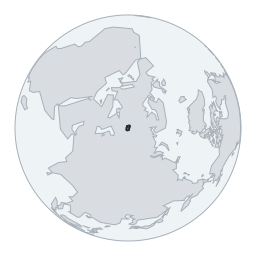 the Earth from above Penza, rotated 106°
{"feature_id": "RUS-2373", "entity_name": "Penza", "entity_type": "Region", "adm_level": 1, "iso_a3": "RUS", "parent_name": "Russia", "parent_adm1": "", "projection": "orthographic", "projection_center": [44.677, 53.167], "detail": "fine", "context": "on_globe", "style": "filled", "palette": "slate", "viewbox_px": 256, "rotation_deg": 106, "n_neighbors": 0, "source": "natural_earth", "source_scale": "10m", "svg_char_len": 11559}
<svg xmlns="http://www.w3.org/2000/svg" viewBox="0 0 256 256"><g transform="rotate(106 128 128)"><circle cx="128" cy="128" r="113" fill="#eef3f6" stroke="#a8b0b8"/><path d="M106.2,17.5L111.7,16.8L114.1,18.6L111.1,18.7L112.0,19.3L115.9,19.3L118.2,19.2L126.7,23.1L139.2,26.1L144.3,25.7L142.3,27.0L152.7,25.6L160.2,27.4L151.0,26.3L149.5,26.9L154.3,28.4L153.7,29.4L155.7,30.8L154.7,31.9L149.4,31.4L148.6,32.2L152.0,33.3L153.1,35.2L148.2,33.5L149.7,36.9L141.1,37.2L128.8,32.6L123.3,34.5L108.7,34.6L109.3,35.9L104.1,37.1L102.9,39.1L100.5,38.7L101.6,40.7L103.9,40.6L105.2,41.5L104.7,42.7L101.6,42.4L101.4,41.8L100.2,42.3L98.9,41.7L99.3,42.7L95.6,42.4L98.4,44.6L94.8,45.9L92.6,45.1L93.9,42.8L92.0,35.9L90.2,34.9L86.2,35.5L76.6,41.6L74.1,41.6L69.9,43.3L70.8,44.3L74.3,43.4L74.9,45.9L79.2,44.7L80.0,45.6L84.0,45.5L82.2,48.2L78.3,51.0L74.9,51.3L73.1,52.6L75.4,54.6L68.1,57.6L61.8,64.1L60.0,64.7L58.3,61.4L60.8,55.4L58.6,51.9L58.8,57.0L54.4,58.8L53.2,60.4L52.7,62.0L53.9,62.5L52.1,63.8L51.3,59.1L52.9,57.8L53.1,59.3L54.2,56.5L53.6,53.7L51.5,55.0L52.9,50.1L51.4,51.0L50.8,50.6L53.1,49.3L49.0,51.6L50.3,47.6L44.6,52.4L51.5,45.8L54.8,42.7L58.3,39.7L57.3,40.3L63.2,35.9L63.6,35.6L71.4,30.6L79.7,26.2L88.3,22.6L97.2,19.7L106.2,17.5ZM15.7,136.2L16.0,139.8L17.6,150.2L18.1,152.6L16.6,144.4L15.7,136.2ZM39.9,57.8L35.5,63.8L36.0,63.1L39.9,57.8ZM43.0,54.5L44.3,53.0L43.3,54.3L43.0,54.5ZM119.4,19.1L116.0,19.3L112.7,19.0L115.5,18.7L119.4,19.1ZM125.6,20.3L123.9,20.6L123.0,19.5L124.3,19.7L125.6,20.3ZM148.1,25.3L145.5,24.7L148.2,25.0L148.1,25.3ZM156.2,30.8L157.1,30.7L157.8,31.5L156.2,30.8ZM84.7,44.1L84.4,44.8L83.8,44.4L84.7,44.1ZM86.8,43.4L86.4,42.5L87.3,42.1L87.5,42.6L86.8,43.4ZM156.8,34.0L157.5,35.4L155.8,33.8L156.8,34.0ZM87.0,44.7L89.0,41.4L90.6,40.7L92.8,42.3L87.0,44.7ZM157.4,36.1L159.3,39.7L161.5,39.7L156.4,42.0L156.5,38.0L154.0,36.1L156.3,36.7L157.4,36.1ZM104.9,40.1L102.4,40.2L105.0,39.0L104.9,40.1ZM106.3,39.1L112.6,34.6L116.1,35.2L113.3,36.5L118.2,36.5L116.9,39.0L113.8,39.6L111.8,38.6L112.8,40.3L106.3,39.1ZM153.3,42.7L153.0,43.6L152.3,42.6L153.3,42.7ZM105.9,41.7L106.8,40.7L110.0,41.1L108.6,43.3L108.0,42.4L105.9,41.7ZM120.2,35.4L122.3,36.1L121.8,38.4L122.5,39.0L117.1,39.1L120.2,35.4ZM107.1,43.0L107.9,44.4L105.9,45.4L105.2,42.8L107.1,43.0ZM111.3,40.4L112.8,40.7L111.5,41.2L111.3,40.4ZM99.5,49.8L100.5,48.4L102.3,48.5L99.5,49.8ZM108.3,44.9L109.0,44.5L109.8,44.4L109.9,45.6L108.3,44.9ZM117.1,40.7L116.5,41.6L119.3,40.8L119.0,42.5L115.5,42.4L116.9,43.2L116.8,43.7L114.0,43.0L117.1,40.7ZM112.4,46.5L107.8,47.1L105.5,49.5L103.9,49.5L107.9,45.6L112.4,46.5ZM113.6,44.5L112.5,45.7L111.1,45.0L111.0,43.7L113.6,44.5ZM120.1,43.8L121.4,41.2L122.2,41.3L120.1,43.8ZM112.0,47.3L113.1,47.2L112.0,47.6L112.0,47.3ZM117.9,45.0L118.3,44.0L119.1,44.2L117.9,45.0ZM115.0,47.8L113.5,47.9L113.4,47.0L115.0,47.8ZM116.6,46.6L117.6,47.1L114.2,46.6L116.6,46.2L116.6,46.6ZM118.6,45.4L119.2,45.1L118.4,45.7L118.6,45.4ZM116.3,51.2L112.1,50.8L111.9,48.8L116.0,49.4L116.3,51.2ZM86.5,232.7L85.3,232.1L78.7,228.6L69.2,219.8L71.2,217.6L69.9,214.1L62.0,202.3L63.7,198.2L61.7,194.9L57.6,193.1L55.5,188.9L53.1,187.3L38.7,177.4L34.9,169.5L31.5,151.4L34.5,148.8L36.0,142.6L57.4,135.0L60.8,139.5L76.4,145.6L78.2,147.5L75.2,152.3L86.0,164.2L90.8,161.0L101.7,167.8L109.7,169.2L114.6,159.2L101.5,156.8L100.4,151.1L111.8,148.5L123.4,150.6L123.3,148.5L117.0,142.9L120.6,139.3L114.9,140.6L116.5,143.1L112.9,144.1L111.2,141.9L112.6,140.7L109.4,139.1L103.7,145.8L104.8,149.0L95.7,148.1L96.6,153.5L93.8,155.1L91.3,146.6L92.3,144.0L86.9,133.3L85.0,135.9L90.0,146.3L88.0,144.9L85.5,148.8L85.9,144.8L80.9,133.1L73.4,131.1L62.1,137.1L58.1,135.2L55.5,130.3L61.3,120.6L69.7,126.1L71.9,123.0L71.6,116.1L74.2,118.5L75.1,116.4L78.4,118.2L84.5,115.5L88.1,116.7L91.9,110.8L94.3,110.8L91.4,114.2L91.2,117.4L100.3,120.6L102.5,119.8L104.2,115.8L106.5,117.3L107.0,113.0L112.9,112.9L106.2,109.6L108.0,105.1L112.3,102.6L111.8,100.6L104.7,104.8L103.0,107.1L103.5,109.9L97.7,116.0L94.3,116.0L95.7,107.7L91.0,106.9L94.2,101.0L111.3,92.7L117.7,92.0L125.3,100.1L123.0,102.8L119.1,101.1L121.4,106.8L121.8,104.3L123.7,105.7L126.0,102.0L127.4,102.8L127.1,98.1L129.1,98.7L129.3,101.7L134.4,97.1L139.0,97.5L139.4,96.1L138.6,94.5L145.0,96.1L145.0,95.0L143.0,94.1L141.7,91.3L142.0,87.2L144.2,88.0L144.4,89.6L148.1,94.2L148.3,98.5L149.2,98.5L149.6,94.9L145.1,89.2L144.6,86.5L147.1,88.9L146.2,87.8L146.6,86.7L149.1,86.5L146.6,83.8L148.7,71.7L153.8,70.3L155.8,73.5L159.6,66.6L165.0,66.0L163.1,65.0L163.6,61.4L161.9,61.5L161.0,60.8L161.6,52.0L163.5,50.8L161.6,46.3L160.6,45.9L159.1,46.6L156.4,42.0L161.5,39.7L163.5,40.8L165.3,38.8L169.6,41.6L173.9,43.2L177.5,47.8L180.7,48.8L181.0,47.9L185.5,48.9L193.7,54.2L185.5,53.6L173.1,47.4L178.0,50.2L176.4,50.7L177.9,52.5L181.5,54.5L182.2,53.9L185.4,64.0L193.0,72.5L193.6,68.4L196.5,68.2L205.7,75.3L213.9,93.4L217.8,94.1L219.7,96.4L220.0,100.5L217.2,97.3L215.3,98.6L213.7,96.3L213.2,102.1L210.9,99.1L211.6,105.3L214.1,106.4L215.4,102.2L217.0,109.1L221.5,109.5L224.7,113.9L226.3,128.6L223.9,137.4L224.3,139.2L221.9,139.9L220.9,146.0L227.0,149.9L227.6,152.3L224.9,161.8L224.5,160.2L218.2,162.1L218.6,168.8L223.4,168.7L225.1,172.2L222.1,174.2L220.1,171.3L217.9,171.8L217.4,166.4L213.5,160.9L210.3,165.6L209.5,162.3L203.6,158.8L198.5,165.3L191.1,180.0L191.8,188.3L188.5,193.6L180.3,185.3L177.2,177.6L173.8,179.8L165.6,174.7L150.3,177.9L148.5,175.7L145.6,177.4L139.9,175.6L137.2,171.7L133.6,172.2L140.7,182.2L144.7,181.6L148.4,177.1L149.6,180.6L155.2,182.9L147.8,192.6L125.7,201.2L124.2,194.8L110.7,174.6L111.4,172.3L111.4,172.1L111.3,171.6L109.4,175.1L107.3,170.8L113.8,185.5L114.6,191.2L125.4,201.5L124.2,202.5L127.9,204.4L140.3,201.6L140.3,203.6L134.0,212.8L117.3,223.0L119.9,228.9L119.3,233.1L109.8,234.4L111.5,236.8L106.7,236.7L107.0,237.6L103.7,237.6L97.7,236.5L88.4,233.4L86.5,232.7ZM48.8,142.6L48.0,144.3L48.8,142.6ZM135.0,158.0L142.4,158.1L140.2,151.3L142.9,150.8L141.1,148.7L140.0,150.8L136.0,145.1L139.5,142.8L139.2,139.7L136.7,139.6L130.8,144.7L136.6,152.8L134.4,155.7L135.0,158.0ZM28.8,74.8L27.6,77.2L28.5,75.3L28.8,74.8ZM33.2,67.2L34.4,65.4L29.7,73.1L31.1,70.5L33.2,67.2ZM42.2,55.2L41.2,56.4L41.0,56.5L42.2,55.2ZM42.3,55.4L42.5,55.1L43.4,54.2L42.3,55.4ZM54.5,59.0L54.5,59.5L53.7,61.2L53.4,60.6L54.5,59.0ZM54.2,68.6L51.4,70.6L53.2,68.6L52.2,67.9L54.8,63.2L59.3,64.8L56.8,64.8L54.2,68.6ZM59.4,57.6L57.3,60.2L59.4,57.3L59.4,57.6ZM77.1,104.2L77.7,106.4L75.7,108.2L71.2,107.2L74.0,104.4L77.1,104.2ZM79.1,109.1L81.7,101.4L84.6,101.9L82.6,102.9L84.2,104.0L81.3,105.9L81.5,114.2L79.8,116.4L72.4,112.9L75.7,112.8L74.9,110.5L79.1,109.1ZM83.4,82.7L84.6,79.8L89.4,84.5L87.7,86.7L83.1,85.6L82.3,82.5L83.4,82.7ZM90.5,48.4L90.7,47.4L91.5,47.4L92.1,48.3L90.5,48.4ZM99.8,49.1L90.8,53.1L90.5,52.0L85.6,55.8L82.9,54.7L86.2,52.2L80.4,54.2L82.3,51.6L78.5,53.3L86.1,48.0L87.5,45.8L86.9,48.6L89.4,49.7L90.9,49.6L96.2,47.5L100.5,43.6L103.6,44.3L104.7,45.8L104.1,46.8L102.3,46.0L102.8,48.0L99.7,47.7L99.8,49.1ZM115.0,65.7L113.1,63.9L113.7,68.7L110.6,68.0L110.9,68.6L108.2,69.4L105.4,71.4L104.1,70.7L103.6,71.8L101.8,72.4L100.6,73.7L97.9,72.9L96.3,74.5L96.0,73.3L93.8,76.2L94.2,73.7L92.0,74.4L92.8,76.5L81.4,70.2L76.4,69.8L71.9,71.0L73.2,66.8L78.3,63.1L84.8,60.5L89.5,61.6L89.3,59.6L91.5,59.6L90.7,61.1L93.1,58.7L94.7,59.2L100.6,57.4L103.1,53.9L105.3,53.3L105.1,54.9L107.4,53.2L108.6,55.8L110.2,55.5L112.9,57.9L111.7,61.4L113.6,60.7L115.7,62.7L115.0,65.7ZM117.0,52.0L116.2,56.0L114.1,57.7L110.2,52.9L108.6,52.8L106.0,50.0L109.1,47.7L109.6,48.7L110.7,49.1L109.3,49.7L111.3,49.6L112.0,51.0L113.7,51.3L113.0,52.5L117.0,52.0ZM80.9,146.4L82.4,147.3L84.9,148.1L83.4,150.7L80.9,146.4ZM77.4,138.5L78.8,138.8L77.9,142.6L76.4,141.7L77.4,138.5ZM80.4,135.8L79.0,138.5L78.8,136.5L80.4,135.8ZM92.8,114.3L94.4,114.4L94.3,115.5L93.0,116.6L92.8,114.3ZM116.1,80.5L115.4,79.0L116.0,78.6L116.6,75.0L119.0,75.3L119.5,77.6L116.1,80.5ZM112.0,160.7L109.2,162.4L108.2,161.2L109.3,160.9L112.0,160.7ZM95.3,156.9L98.7,159.3L94.8,157.6L95.3,156.9ZM118.8,80.2L118.7,78.7L119.9,79.8L118.8,80.2ZM120.7,75.4L122.2,76.4L119.3,74.9L120.7,75.4ZM139.0,232.3L132.3,238.1L126.9,238.2L125.4,236.9L127.6,233.4L133.8,232.1L136.7,230.0L139.0,232.3ZM234.9,163.3L235.7,161.0L235.6,161.4L234.9,163.3ZM234.2,164.9L235.3,162.1L233.8,166.0L234.2,164.9ZM235.6,161.0L236.7,157.5L237.2,155.7L237.0,156.6L235.6,161.0ZM233.4,166.8L228.0,176.8L225.5,179.9L226.3,177.9L230.3,171.9L233.4,166.8ZM226.1,178.2L222.1,180.7L214.7,178.5L217.4,176.1L224.7,174.1L224.3,175.6L226.8,174.7L226.1,178.2ZM235.0,157.8L234.5,161.3L231.8,166.7L230.4,168.7L229.5,166.6L230.0,163.7L231.2,161.8L234.6,146.8L236.1,145.6L235.3,151.1L236.4,151.3L235.0,157.8ZM192.4,188.8L195.3,192.0L193.3,193.8L192.4,188.8ZM235.0,138.6L234.3,145.0L234.6,137.8L235.0,138.6ZM234.5,132.8L235.1,134.2L234.1,134.0L234.5,132.8ZM225.2,141.6L224.0,144.1L223.5,143.0L224.7,139.1L225.2,141.6ZM227.2,117.7L229.0,121.2L229.4,122.9L227.9,121.8L227.2,117.7ZM138.7,82.1L135.3,86.7L134.4,90.5L136.3,93.3L132.1,91.4L133.5,85.5L138.7,82.1ZM147.3,72.9L145.5,70.6L147.2,70.4L147.8,70.9L147.3,72.9ZM145.6,72.3L141.7,71.8L141.4,69.8L144.5,70.6L145.6,72.3ZM130.2,75.8L129.0,77.1L128.1,76.1L130.2,75.8ZM240.5,133.6L240.3,135.6L240.6,130.6L240.5,133.6ZM239.5,143.7L239.4,144.7L239.2,145.3L239.5,143.7ZM240.0,140.1L239.7,142.6L239.8,141.6L240.0,139.6L240.0,140.1ZM237.1,150.3L237.4,151.1L238.4,146.4L237.6,150.8L238.0,151.4L237.6,153.4L237.3,152.4L236.7,156.6L236.2,158.0L236.2,156.0L236.9,150.9L237.4,147.9L239.1,141.1L237.1,150.3ZM239.9,139.4L239.7,138.2L239.8,136.0L240.0,136.1L239.9,139.4ZM238.6,135.9L237.5,135.9L237.0,139.3L237.6,130.9L238.6,132.2L238.6,135.9ZM236.9,132.4L236.5,135.5L236.6,131.1L236.9,132.4ZM236.1,135.2L235.5,133.6L236.1,132.1L236.1,135.2ZM237.2,131.3L236.5,127.8L237.2,128.7L237.2,131.3ZM233.9,130.2L236.1,129.5L234.1,133.1L231.7,127.2L232.3,125.0L233.9,130.2ZM222.7,93.7L221.3,92.5L221.2,90.1L222.2,91.6L222.7,93.7ZM219.7,82.0L220.7,89.1L221.3,95.2L222.2,94.6L224.3,98.6L221.8,97.8L219.7,91.5L219.7,87.5L217.5,84.5L216.2,80.4L213.2,77.9L211.9,75.5L214.6,76.6L219.7,82.0ZM211.9,77.0L206.2,71.8L207.1,68.9L208.6,69.3L210.8,72.9L210.2,74.2L211.9,77.0ZM205.1,69.7L204.5,71.0L194.8,67.3L193.0,65.8L200.8,66.8L200.6,68.1L202.9,69.6L205.1,69.7ZM154.2,43.8L153.1,43.6L154.0,43.2L154.2,43.8ZM160.1,61.0L159.1,59.9L160.1,59.3L160.1,61.0ZM156.7,56.7L156.3,58.1L155.9,56.3L156.7,56.7ZM155.3,61.4L155.6,58.5L156.6,61.8L155.3,61.4Z" fill="#d9dde1" stroke="#a8b0b8" stroke-width="1"/><path d="M125.0,127.2L125.0,126.9L125.1,126.7L125.3,126.6L125.4,126.8L125.5,126.8L125.5,126.7L125.5,126.8L125.6,126.7L125.7,126.8L125.8,126.8L125.8,126.7L126.0,126.7L126.3,126.7L126.2,126.5L126.2,126.4L126.3,126.3L126.5,126.3L126.8,126.4L127.0,126.5L127.1,126.8L127.3,126.9L127.5,126.9L127.8,127.0L128.0,127.0L128.1,126.9L128.0,126.7L127.9,126.7L128.0,126.5L128.2,126.4L128.4,126.4L128.5,126.4L128.7,126.5L128.8,126.6L129.0,126.6L129.2,126.4L129.3,126.3L129.5,126.3L129.7,126.5L129.8,126.5L129.8,126.8L130.0,126.9L130.0,127.0L130.1,127.3L130.3,127.4L130.4,127.5L130.5,127.5L130.7,127.8L130.7,128.0L130.6,128.3L130.7,128.5L130.7,128.8L130.6,129.0L130.4,129.0L130.3,128.9L130.2,128.9L129.9,129.0L129.7,129.2L129.6,129.3L129.6,129.5L129.3,129.4L129.2,129.4L129.3,129.3L129.2,129.3L128.9,129.5L128.7,129.5L128.4,129.7L128.2,129.4L127.9,129.3L127.8,129.2L127.8,129.3L127.8,129.5L127.7,129.5L127.4,129.6L127.2,129.6L126.9,129.4L126.8,129.5L126.6,129.4L126.6,129.5L126.4,129.5L126.4,129.4L126.2,129.4L126.1,129.5L126.0,129.3L126.1,129.2L126.3,129.0L126.3,128.9L126.1,128.7L125.9,128.4L125.7,128.3L125.6,128.1L125.4,128.0L125.5,127.9L125.3,127.6L125.2,127.6L125.2,127.4L125.1,127.2L125.0,127.2Z" fill="#64748b" stroke="#1e293b" stroke-width="1.5"/></g></svg>